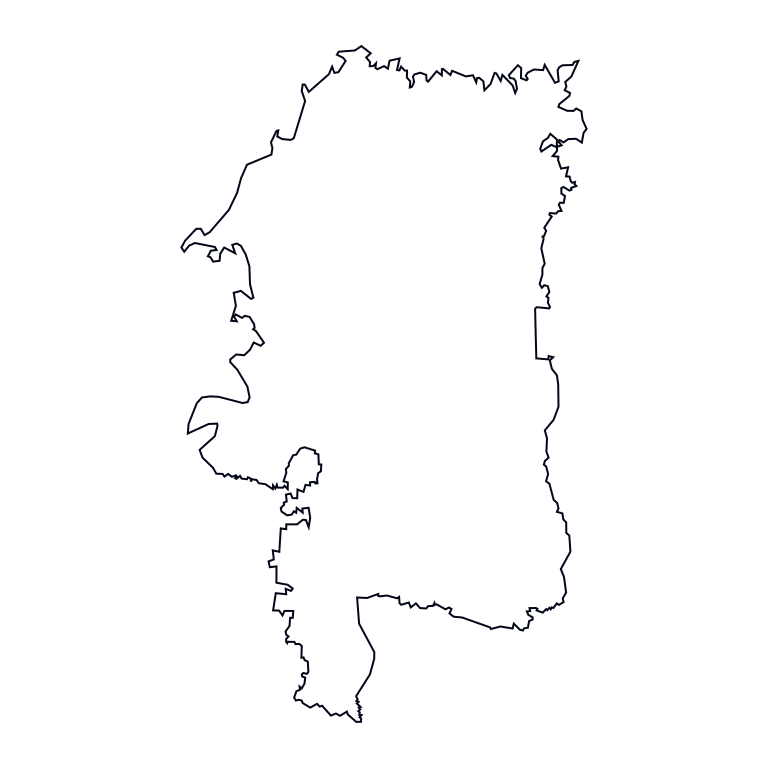 Habiganj, Sylhet, Bangladesh
{"feature_id": "16705992B7772300815487", "entity_name": "Habiganj", "entity_type": "district", "adm_level": 2, "iso_a3": "BGD", "parent_name": "Bangladesh", "parent_adm1": "Sylhet", "projection": "natural_earth1", "projection_center": [91.398, 24.335], "detail": "fine", "context": "isolated", "style": "outline", "palette": "ink", "viewbox_px": 768, "rotation_deg": 0, "n_neighbors": 0, "source": "geoboundaries", "source_scale": "gbopen_adm2", "svg_char_len": 6036}
<svg xmlns="http://www.w3.org/2000/svg" viewBox="0 0 768 768"><path d="M298.5,699.8L301.7,700.5L302.7,703.1L310.3,707.6L317.0,703.8L319.7,706.6L322.1,705.7L330.9,715.6L335.9,713.5L340.0,715.8L346.9,711.6L347.8,714.5L356.3,721.9L361.0,721.8L361.1,718.4L359.6,717.3L361.4,715.1L359.3,715.0L359.8,712.4L358.3,711.2L360.2,709.4L358.8,707.5L360.6,707.0L356.8,703.4L358.6,701.8L356.4,700.9L357.6,699.3L356.1,696.2L369.9,674.5L374.2,658.9L374.3,652.1L359.1,623.7L357.1,597.5L367.0,598.0L378.2,594.0L378.1,595.8L380.0,596.3L386.9,595.5L397.1,598.3L399.1,596.9L399.5,603.1L401.2,604.8L408.8,602.5L410.8,607.4L415.9,603.4L420.0,608.0L426.1,608.5L428.3,606.1L432.9,605.9L434.4,603.1L434.7,605.0L436.5,604.3L445.5,609.3L449.0,607.5L451.5,609.0L449.5,613.4L453.6,616.7L462.2,617.5L490.1,627.4L490.9,629.0L500.4,626.5L512.6,628.5L513.8,623.6L520.0,629.8L522.9,630.5L524.0,628.4L527.9,627.7L529.1,621.1L532.7,619.4L532.6,617.3L528.4,614.9L526.9,611.4L530.2,611.1L529.5,608.1L535.9,608.0L537.4,608.8L536.6,610.4L542.7,612.6L546.2,609.1L547.2,610.2L549.4,607.9L550.7,609.3L551.6,607.4L553.4,608.0L556.8,603.4L558.9,604.9L563.6,602.1L562.7,598.6L566.1,592.5L564.0,577.0L560.8,569.1L570.4,551.7L569.3,535.5L566.3,533.0L566.2,522.4L563.3,519.3L562.4,513.4L556.9,511.8L558.5,508.6L557.2,503.0L553.7,499.9L549.4,483.6L546.1,481.3L548.1,474.0L546.2,466.5L543.9,464.7L544.9,460.9L548.6,457.7L546.4,451.6L547.0,438.3L544.8,430.4L553.6,419.8L558.5,406.7L558.2,384.4L556.9,375.3L551.9,368.9L549.8,360.4L553.2,357.2L548.7,356.1L548.3,359.4L536.3,358.4L535.1,308.8L536.7,307.2L549.3,308.4L550.0,307.0L547.9,302.7L548.5,297.8L546.4,296.4L549.4,292.0L547.8,286.2L544.2,285.2L541.9,287.8L539.6,284.1L542.4,274.6L542.4,268.1L544.7,263.7L541.3,248.3L543.5,239.1L543.4,236.9L541.7,236.7L543.9,236.2L546.2,230.9L544.3,227.7L551.7,216.6L549.4,214.7L549.9,213.0L556.1,213.6L558.0,211.3L561.5,210.9L558.8,204.8L560.0,202.7L563.7,202.9L565.0,196.0L561.4,193.6L561.3,188.1L563.5,187.0L569.4,190.6L571.5,189.8L571.1,187.9L576.4,186.0L574.6,184.2L575.0,182.0L572.3,182.8L570.7,181.1L569.6,176.6L566.0,176.4L568.1,167.3L561.0,168.6L558.1,160.1L558.4,156.7L552.7,156.1L557.1,150.8L557.0,147.4L551.3,144.8L541.4,151.5L540.2,148.8L543.0,141.3L547.9,137.9L550.3,133.8L556.9,139.5L556.8,145.1L558.4,146.4L561.6,145.3L558.1,141.2L559.6,140.0L563.5,142.4L568.3,139.1L576.1,138.8L581.8,142.6L583.6,132.8L586.6,128.9L582.6,120.0L581.4,111.3L576.2,108.5L573.6,110.9L567.2,110.8L558.4,106.9L559.4,104.0L569.4,95.9L570.0,92.9L564.7,90.3L566.4,86.5L565.2,82.0L571.4,76.5L578.4,60.9L574.4,61.9L572.6,65.0L562.6,65.3L559.3,67.2L557.6,70.2L558.7,81.3L555.0,82.8L544.7,64.9L543.1,70.1L533.9,69.5L527.7,72.7L525.7,75.8L527.7,78.9L526.6,80.3L521.0,78.2L521.2,68.1L517.9,65.2L508.9,75.1L510.0,78.0L513.9,78.7L515.6,81.1L517.0,88.8L515.2,93.0L512.7,85.5L502.4,74.9L500.7,80.9L496.3,73.4L494.6,72.9L490.5,84.1L484.4,90.3L483.4,81.4L479.2,77.8L477.1,78.0L476.2,82.4L473.0,75.3L465.8,76.4L452.1,70.8L450.4,75.0L443.0,68.9L441.9,69.1L441.8,75.4L436.6,71.2L428.1,81.6L426.6,80.6L426.2,74.9L420.3,72.7L414.4,74.4L413.0,76.5L414.1,82.0L412.0,86.7L409.8,87.5L410.3,81.4L406.9,77.6L407.0,70.6L404.8,70.6L401.1,66.7L399.4,70.4L397.0,70.0L399.6,58.4L389.6,60.7L387.9,68.7L384.1,66.1L377.3,69.2L375.4,67.9L376.0,63.2L373.1,66.1L369.7,66.2L370.0,62.0L366.2,57.5L370.7,53.3L361.4,46.1L354.8,50.5L338.7,51.7L336.9,54.7L343.3,57.9L345.6,61.0L338.4,72.2L334.4,72.9L332.1,66.6L328.9,74.2L308.8,91.9L304.8,84.5L302.7,84.5L301.7,90.9L305.1,101.0L293.8,138.2L290.9,139.9L282.3,139.1L277.3,136.5L278.3,130.4L276.5,130.9L271.0,142.3L272.4,148.2L271.4,154.6L247.0,164.7L241.0,178.3L237.1,192.9L228.9,209.9L209.7,232.2L204.6,235.1L200.8,228.8L196.3,228.8L185.2,240.6L181.4,247.5L184.2,251.7L189.2,245.6L194.9,243.0L214.9,247.0L216.6,250.0L210.8,250.7L207.9,256.3L210.5,257.3L213.1,261.6L219.6,260.8L220.2,253.8L224.2,247.5L235.2,253.3L232.3,244.9L236.8,243.5L240.9,245.8L245.8,254.7L249.4,266.3L250.0,284.3L253.4,297.7L251.1,298.9L240.9,290.9L233.7,292.8L235.9,305.8L231.2,320.8L236.8,321.3L234.0,316.6L235.7,314.4L242.0,317.9L244.8,315.8L249.7,317.0L254.1,324.3L254.6,327.8L253.1,329.3L255.9,331.0L264.0,342.7L260.7,345.8L253.7,342.5L250.1,349.6L244.3,355.2L236.2,354.5L230.3,359.4L230.2,362.1L237.3,369.7L247.4,386.6L249.6,397.4L247.7,402.1L242.5,403.0L218.6,396.8L210.1,396.4L201.9,397.5L196.8,403.2L188.6,423.9L187.8,433.5L208.6,424.0L217.1,423.6L217.5,425.9L214.9,436.1L199.6,449.9L202.6,457.7L213.1,467.9L216.3,473.7L222.6,473.9L224.5,476.6L228.2,473.9L231.9,476.8L236.0,475.3L236.8,476.5L235.1,478.1L236.3,478.8L240.1,475.9L241.6,478.6L247.1,479.2L248.0,477.2L251.0,478.8L250.8,481.6L252.2,479.3L256.6,480.0L258.7,483.2L265.4,484.2L272.8,489.2L273.0,485.4L275.3,488.5L276.8,484.8L277.6,487.6L283.0,487.7L284.5,485.8L287.7,489.1L287.8,482.4L283.6,481.3L286.3,472.7L285.9,469.0L288.9,465.8L288.8,463.2L293.2,455.2L296.2,454.7L300.2,448.6L304.5,447.3L315.1,450.6L314.8,453.3L318.4,454.4L318.8,464.3L321.3,464.5L320.9,471.3L318.2,473.1L317.0,479.1L317.5,483.3L315.7,483.5L315.0,481.5L314.9,483.2L314.3,481.9L310.0,482.2L310.1,485.5L305.5,484.9L303.5,491.9L297.5,489.5L297.2,498.2L292.5,498.1L290.6,493.5L286.0,494.6L286.7,501.5L283.8,502.6L284.2,504.6L280.8,508.0L281.5,511.5L287.2,515.4L291.7,514.6L293.9,511.3L296.2,512.7L296.7,507.9L302.7,512.6L302.4,508.5L308.6,507.8L310.2,517.7L308.7,527.2L305.9,520.0L302.8,519.8L297.1,524.3L286.3,524.3L286.2,529.2L280.8,528.4L279.3,551.8L272.8,550.4L273.8,559.4L268.6,561.4L269.8,567.2L276.5,566.4L276.4,582.7L287.8,584.8L292.7,588.5L291.0,590.9L285.7,588.9L286.2,594.2L275.8,593.2L273.1,610.4L279.1,610.6L282.5,615.4L284.5,610.9L293.3,611.0L292.7,617.9L290.1,617.8L289.5,626.0L285.6,631.4L286.2,634.6L288.5,636.5L286.2,638.9L286.1,641.7L287.2,643.1L287.6,641.8L294.4,641.9L295.5,644.1L299.3,643.9L301.8,646.0L301.4,657.8L303.5,657.4L304.6,660.1L307.8,661.6L308.4,671.9L306.8,673.9L303.4,673.0L301.8,674.4L302.2,676.5L305.2,677.6L304.5,683.5L301.8,688.4L299.6,686.6L300.0,689.8L296.5,691.1L294.1,697.6L295.9,700.5L298.5,699.8Z" fill="none" stroke="#020617" stroke-width="2"/></svg>